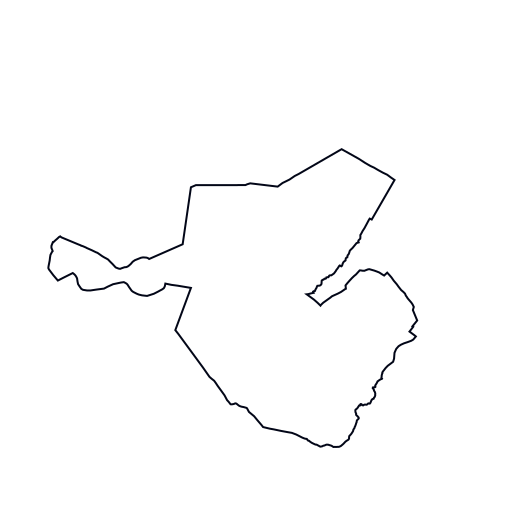 the district of Capulhuac, México, Mexico, rotated 303°
{"feature_id": "50627088B65520892305062", "entity_name": "Capulhuac", "entity_type": "district", "adm_level": 2, "iso_a3": "MEX", "parent_name": "Mexico", "parent_adm1": "México", "projection": "orthographic", "projection_center": [-99.466, 19.217], "detail": "fine", "context": "isolated", "style": "outline", "palette": "ink", "viewbox_px": 512, "rotation_deg": 303, "n_neighbors": 0, "source": "geoboundaries", "source_scale": "gbopen_adm2", "svg_char_len": 6123}
<svg xmlns="http://www.w3.org/2000/svg" viewBox="0 0 512 512"><g transform="rotate(303 256 256)"><path d="M309.7,208.5L282.7,167.0L278.2,164.0L225.9,188.1L195.3,168.0L195.4,167.0L195.1,165.3L194.5,164.1L193.3,162.0L191.9,160.5L186.5,156.7L185.0,156.1L184.0,155.7L181.0,155.3L178.5,154.6L177.5,154.2L176.8,153.8L175.9,153.1L175.0,151.9L173.1,150.4L171.2,149.0L170.6,147.6L170.1,145.2L170.0,144.5L170.4,142.9L171.1,140.2L171.8,136.8L172.2,135.1L172.5,133.8L172.4,131.8L172.2,129.7L172.1,127.1L172.2,124.5L172.3,122.0L172.3,121.2L172.0,119.9L171.4,115.1L170.5,109.5L170.5,108.8L169.9,105.3L169.6,104.2L169.4,103.9L169.5,103.6L169.4,102.8L169.0,100.9L165.7,82.9L165.7,81.5L165.8,81.1L164.7,80.5L161.9,79.8L159.9,79.2L157.0,78.5L156.9,78.1L153.1,78.9L151.4,80.0L149.4,82.8L148.1,82.7L145.0,83.0L142.5,84.1L139.9,85.4L134.4,87.6L132.8,88.4L132.0,89.6L129.5,96.5L127.5,103.2L130.1,104.7L132.9,106.3L141.9,111.6L141.7,113.7L141.4,114.9L140.9,116.2L139.8,118.1L137.4,120.2L135.5,122.1L134.4,124.6L133.3,127.4L133.4,129.3L135.0,132.9L136.9,135.9L140.7,140.2L145.9,146.3L149.3,148.2L154.5,151.5L160.2,157.2L162.1,159.4L162.3,161.4L162.3,162.7L162.0,163.9L160.8,166.5L159.2,170.5L159.1,171.1L159.0,172.6L159.4,176.4L159.8,178.6L160.9,181.8L163.2,186.4L168.7,190.9L173.2,193.5L174.4,194.1L176.7,195.4L178.7,196.2L179.6,196.2L181.0,196.0L183.5,195.0L185.7,200.7L188.4,206.4L193.8,218.8L149.9,228.7L148.8,231.9L148.4,233.1L133.6,272.2L129.3,282.8L128.9,285.5L128.6,288.8L127.6,291.4L126.2,294.6L124.1,300.1L122.0,305.5L119.9,309.3L119.3,310.4L119.0,311.8L118.6,313.1L117.8,315.4L118.4,316.5L119.8,318.0L120.8,318.6L121.4,319.3L121.5,320.3L121.3,322.0L121.2,323.7L121.7,325.8L122.6,328.0L123.4,330.6L123.4,331.4L122.4,333.2L121.4,335.0L120.6,341.7L119.0,346.7L117.3,352.5L116.4,355.1L118.7,361.6L120.3,365.4L123.0,372.4L125.7,378.9L127.2,382.4L128.2,387.0L128.9,393.8L129.2,395.3L129.3,395.9L129.5,396.5L129.7,397.1L130.0,397.7L130.2,398.0L130.2,398.5L130.0,398.8L129.8,399.3L129.7,399.7L129.6,400.1L129.6,400.5L129.8,400.7L129.9,401.1L129.9,401.4L129.7,402.6L129.7,404.5L129.9,406.3L130.2,408.4L130.3,408.7L130.7,409.4L130.8,409.7L131.1,413.6L131.3,414.0L132.0,414.7L132.6,415.3L133.3,415.6L133.9,416.1L134.3,416.6L135.6,417.4L136.1,417.8L136.4,418.2L137.0,419.2L137.2,419.9L137.5,420.9L137.9,422.3L138.0,423.0L138.0,424.9L138.2,425.3L138.8,426.0L139.3,426.9L140.5,428.6L141.0,429.3L141.6,429.9L143.0,430.7L146.0,431.6L148.9,432.1L150.3,432.6L152.2,433.5L152.7,433.6L153.7,433.4L154.8,432.7L155.8,432.3L157.3,432.6L158.8,432.8L160.2,432.8L161.6,432.8L162.3,432.7L163.2,432.3L163.7,432.2L165.1,432.3L165.5,432.2L165.8,432.1L166.4,431.9L166.7,431.9L167.1,431.9L169.3,431.4L170.6,431.0L171.1,431.0L172.2,430.5L172.6,430.3L173.4,430.2L175.1,430.6L175.6,430.6L176.0,430.5L176.5,429.9L176.5,429.6L176.7,429.1L176.8,428.9L176.9,428.5L177.2,426.7L177.4,426.4L178.4,425.8L178.6,425.5L178.8,425.1L179.1,424.6L179.7,424.1L180.5,423.5L180.8,423.3L181.2,423.2L181.8,423.3L182.1,423.5L182.8,423.7L183.8,423.9L186.8,423.9L187.0,424.1L187.2,424.5L187.6,424.9L187.9,424.8L188.1,424.5L188.3,424.3L188.5,424.3L188.8,424.4L189.0,424.6L189.1,424.9L189.1,425.6L188.9,426.0L188.9,426.5L188.9,426.9L189.0,427.2L189.2,427.3L189.8,427.5L190.6,428.1L191.1,428.9L191.3,429.4L191.5,429.7L192.1,430.1L193.2,430.3L193.5,430.6L193.8,430.8L194.0,431.5L194.2,431.8L194.5,431.9L195.4,431.9L197.3,431.5L198.0,431.4L198.8,431.4L199.0,431.6L199.6,431.7L199.8,431.9L200.0,432.1L200.2,432.3L200.3,432.4L200.5,432.4L200.7,432.2L201.0,432.2L201.5,432.1L201.8,432.2L202.6,432.3L204.1,431.9L204.7,431.4L205.4,431.1L206.0,430.6L206.3,430.1L206.8,429.6L207.3,428.4L207.5,428.1L207.9,427.8L208.4,427.2L208.5,426.5L208.7,425.9L209.0,425.8L209.4,425.6L209.6,425.8L209.9,426.2L210.2,426.5L210.5,426.8L210.9,427.3L211.3,427.4L212.4,426.5L212.6,426.5L213.8,426.5L214.3,426.5L214.9,426.5L216.2,426.4L216.9,426.2L217.3,426.3L217.6,426.5L217.9,426.6L219.3,427.1L221.0,428.0L221.3,428.4L221.5,428.5L221.8,428.5L222.0,427.8L222.2,427.5L223.4,427.0L224.2,426.5L225.1,426.2L225.6,426.0L226.1,425.9L226.7,425.8L226.9,425.5L227.2,425.4L227.6,425.4L227.8,425.3L232.6,425.7L235.7,426.3L239.2,427.6L242.0,428.6L245.1,427.7L249.5,425.3L250.2,424.9L251.9,424.6L254.5,424.2L258.0,424.7L260.6,425.9L263.4,427.7L266.4,430.1L269.5,432.4L271.6,433.4L275.6,433.9L275.8,432.3L276.2,425.9L282.2,426.4L282.2,425.5L289.7,426.3L296.1,417.0L299.2,416.1L300.6,413.8L301.5,411.7L302.9,406.9L303.0,406.7L303.2,406.0L303.8,404.8L304.4,403.2L305.6,401.5L306.1,399.3L306.5,396.3L307.9,392.2L309.0,389.4L310.3,385.0L311.8,381.3L312.6,378.6L313.0,377.0L313.5,375.1L309.4,374.1L309.3,371.8L309.3,368.3L308.8,365.8L308.2,363.2L306.7,358.3L305.9,357.3L305.1,356.7L302.6,354.9L301.7,353.4L301.0,351.8L300.4,350.8L294.9,349.9L292.8,349.2L289.8,348.5L286.3,347.9L282.9,347.4L280.1,347.1L277.5,349.2L277.1,348.9L272.2,346.9L269.0,345.1L264.8,342.4L263.5,341.6L261.8,341.1L253.4,337.8L250.4,337.1L249.5,337.1L250.3,333.1L251.0,328.3L251.5,319.4L252.4,320.5L254.6,322.5L256.4,324.3L256.6,323.8L257.1,323.3L257.8,323.5L258.5,324.4L259.0,324.5L259.9,324.2L261.0,324.1L262.2,324.1L263.4,323.8L264.4,323.7L264.9,324.3L265.9,325.6L266.7,326.0L267.8,326.2L268.7,325.9L269.7,325.3L271.2,324.5L271.9,324.7L272.5,325.0L272.9,325.5L274.3,325.8L274.8,326.7L275.2,326.9L275.9,326.9L276.3,326.7L277.3,327.6L277.6,328.2L278.3,328.3L279.3,328.1L280.0,328.5L280.8,329.7L283.8,330.9L286.7,331.1L288.3,331.0L289.7,331.2L293.1,331.2L293.7,331.4L293.8,332.1L293.7,332.6L293.8,333.2L294.4,333.4L295.4,333.3L297.0,332.8L298.6,332.7L299.8,333.0L300.6,333.4L301.1,333.5L301.9,333.0L303.0,332.6L304.0,332.8L304.6,333.3L306.4,332.5L307.9,332.7L309.5,332.4L310.5,332.1L311.6,331.8L313.2,332.1L315.3,332.6L321.6,333.3L323.3,334.7L324.0,333.7L325.2,333.5L327.3,334.0L328.8,333.2L330.4,332.1L332.0,332.1L335.0,331.8L338.4,331.8L343.4,331.4L347.9,331.0L349.3,331.0L349.6,333.2L395.2,330.8L395.3,326.7L395.6,321.7L395.0,317.1L394.6,311.6L394.4,306.9L393.8,302.8L393.5,296.8L393.5,289.2L392.2,269.6L348.0,247.1L344.2,244.9L338.4,242.5L334.7,240.3L331.7,238.5L326.0,236.4L313.8,211.6L311.3,209.5L309.7,208.5Z" fill="none" stroke="#020617" stroke-width="2"/></g></svg>